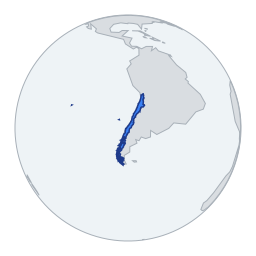 globe centered on Chile, rotated 16°
{"feature_id": "CHL", "entity_name": "Chile", "entity_type": "country or territory", "adm_level": 0, "iso_a3": "CHL", "parent_name": "South America", "parent_adm1": "", "projection": "orthographic", "projection_center": [-72.304, -36.699], "detail": "fine", "context": "on_globe", "style": "filled", "palette": "blue", "viewbox_px": 256, "rotation_deg": 16, "n_neighbors": 0, "source": "natural_earth", "source_scale": "50m", "svg_char_len": 8976}
<svg xmlns="http://www.w3.org/2000/svg" viewBox="0 0 256 256"><g transform="rotate(16 128 128)"><circle cx="128" cy="128" r="113" fill="#eef3f6" stroke="#a8b0b8"/><path d="M116.9,15.9L118.7,15.8L120.5,15.6L120.2,15.6L129.4,15.4L138.6,15.9L147.7,17.1L143.3,16.5L135.4,15.8L129.6,16.1L137.3,16.0L138.6,16.6L140.5,16.9L142.7,17.1L143.7,17.0L145.0,17.4L137.9,17.3L136.6,17.0L138.9,16.9L135.2,16.7L130.4,17.2L131.4,17.7L123.1,18.7L123.8,19.2L122.3,19.9L121.8,18.9L122.5,20.8L112.9,24.2L113.7,29.2L108.7,25.7L104.3,26.0L99.1,27.1L99.1,27.8L92.1,28.9L85.6,32.3L83.1,37.4L85.3,40.5L93.1,38.6L95.5,35.9L101.3,34.3L97.0,41.2L107.1,40.5L106.0,45.9L108.9,48.4L113.9,47.1L119.2,48.1L123.0,44.6L129.1,42.8L129.2,47.3L132.5,43.2L135.9,45.5L148.0,46.2L147.1,47.1L157.3,54.0L168.2,58.7L170.8,63.0L169.5,65.1L173.2,66.7L173.3,68.3L188.2,75.7L195.6,83.1L195.2,89.1L188.8,93.8L182.4,108.4L170.6,110.5L167.3,117.1L157.5,126.3L150.4,124.1L152.1,130.4L147.9,133.3L143.2,133.0L142.1,137.2L138.6,137.0L140.8,140.1L134.9,145.5L136.3,150.6L131.9,155.4L133.0,158.5L131.4,158.3L129.7,159.4L129.5,161.2L124.8,158.3L123.7,151.4L125.6,148.0L123.5,147.5L127.4,139.2L125.1,140.8L126.0,128.9L129.4,119.6L132.0,95.2L129.6,90.7L121.0,85.9L110.6,71.5L113.4,65.5L111.1,63.1L118.5,55.0L116.6,48.7L113.9,48.0L111.3,50.6L102.4,47.9L99.3,44.0L72.6,45.0L70.0,44.2L70.3,41.4L63.4,38.2L65.5,43.1L62.4,43.3L60.3,42.2L62.0,40.8L61.2,38.8L58.8,39.9L60.0,38.2L67.3,33.1L74.9,28.7L82.8,24.8L91.1,21.6L99.5,19.0L108.1,17.1L116.9,15.9ZM113.0,31.3L124.5,33.6L117.9,34.3L119.2,33.6L116.3,32.6L110.9,32.0L105.1,33.4L113.0,31.3ZM118.3,27.7L116.3,27.6L118.3,27.4L118.3,27.7ZM132.6,164.6L125.2,159.3L129.4,161.6L132.4,159.0L136.2,163.1L132.6,164.6ZM141.4,158.2L144.8,157.2L145.6,158.2L143.4,159.1L141.4,158.2ZM227.7,180.3L225.9,183.7L226.1,182.8L223.9,185.9L222.2,187.0L220.5,186.3L221.2,179.3L223.9,175.9L228.2,166.5L235.3,147.1L237.9,142.2L239.0,136.3L239.3,119.3L239.4,113.9L238.8,109.8L238.0,107.6L236.9,102.7L236.2,100.8L229.2,92.1L225.4,84.4L216.9,67.4L216.9,64.3L214.0,58.8L213.2,54.3L218.2,60.5L222.7,67.0L226.8,73.8L230.3,80.9L233.4,88.2L235.9,95.7L237.9,103.4L239.4,111.2L240.3,119.0L240.6,126.9L240.4,134.9L239.7,142.8L238.4,150.6L236.5,158.3L234.1,165.8L231.2,173.2L227.7,180.3ZM216.4,58.2L217.4,59.6L216.4,58.2ZM148.4,46.1L149.9,47.2L147.9,47.0L148.4,46.1ZM117.0,35.9L119.4,35.8L120.7,36.3L118.8,36.6L117.0,35.9ZM137.7,35.7L140.5,36.3L137.6,36.4L137.7,35.7ZM126.4,34.0L135.4,35.5L129.7,36.5L124.0,35.7L127.9,35.3L126.4,34.0ZM117.1,29.6L118.6,29.7L118.2,30.3L117.1,29.6ZM119.8,27.6L119.2,27.7L118.4,27.3L119.8,27.6ZM139.0,16.6L139.6,16.7L141.9,16.9L140.8,16.9L139.0,16.6ZM151.7,18.1L153.5,18.7L151.5,18.1L150.4,18.1L144.8,17.0L147.8,17.1L147.4,17.2L151.7,18.1ZM138.2,16.0L141.4,16.4L137.8,16.0L138.2,16.0ZM174.6,230.5L172.3,231.5L173.7,230.8L174.6,230.5ZM51.3,209.2L50.9,208.1L54.2,210.8L58.2,214.2L61.2,217.2L51.3,209.2ZM48.5,206.5L45.6,203.7L43.6,202.3L45.0,203.0L43.8,200.7L50.3,207.3L48.5,206.5Z" fill="#d9dde1" stroke="#a8b0b8" stroke-width="1"/><path d="M131.5,92.6L132.4,92.3L132.7,91.9L132.6,91.4L133.2,91.0L133.6,91.9L134.0,92.1L134.2,93.8L135.1,94.7L134.7,95.2L134.9,95.7L134.5,95.9L134.5,96.5L135.0,97.0L134.9,97.5L135.5,98.3L136.0,101.2L137.2,101.2L137.6,101.6L136.9,103.5L135.3,104.1L134.7,104.8L135.0,105.5L134.6,106.1L134.9,107.5L134.5,108.1L135.0,109.1L134.0,109.4L133.4,110.9L132.6,111.8L132.3,113.2L131.9,113.6L132.0,115.1L132.2,115.3L132.0,115.6L131.6,115.6L131.4,116.9L131.0,117.1L130.9,118.0L131.4,118.7L131.2,119.0L131.8,120.6L131.6,121.2L132.1,121.3L132.0,123.2L131.7,123.3L131.1,125.0L130.8,125.2L131.0,125.7L131.0,126.8L130.0,127.7L129.7,128.3L129.8,130.1L130.2,131.6L130.1,132.0L129.4,132.4L129.2,133.7L128.9,133.8L129.0,134.5L128.7,134.8L128.9,135.1L128.5,136.0L128.6,137.7L128.8,138.5L128.3,138.9L128.2,139.5L128.3,140.5L128.8,140.8L128.6,141.0L128.9,142.2L128.7,143.1L129.5,143.2L129.6,143.4L129.5,143.8L128.3,143.8L128.4,144.1L129.0,144.2L129.3,144.7L129.1,145.3L128.8,145.4L128.9,146.1L128.6,146.5L128.8,147.5L128.5,147.8L128.5,148.5L127.9,149.1L127.7,149.8L128.0,150.5L127.6,151.1L127.6,151.6L127.1,152.0L126.9,152.6L126.5,152.6L126.4,153.1L126.5,154.2L126.9,155.3L127.7,155.1L128.0,155.2L128.0,156.4L127.9,156.9L128.4,157.7L130.8,157.8L132.6,158.4L131.7,158.2L131.2,158.7L129.8,159.2L129.5,161.1L129.2,161.3L128.2,160.8L127.9,160.3L128.4,160.1L128.6,160.4L128.5,160.6L128.7,160.1L129.2,159.7L129.3,159.3L129.1,159.2L128.0,159.9L127.7,160.5L127.1,160.1L127.5,159.2L127.8,159.3L128.2,159.0L128.9,158.9L127.5,158.7L127.0,159.8L126.4,159.3L126.9,159.1L127.0,158.7L126.5,159.0L126.0,159.0L125.9,158.5L125.6,158.0L126.2,158.2L126.3,157.9L126.8,158.0L127.4,157.6L127.7,158.1L127.5,158.4L127.7,158.2L127.6,157.7L127.8,157.4L127.7,157.2L126.9,156.7L127.6,157.3L126.5,157.8L126.2,157.4L125.7,157.1L126.0,157.0L126.0,156.3L124.9,156.0L124.5,155.3L125.0,155.2L124.9,154.9L125.1,154.6L125.4,154.9L125.7,155.5L126.1,155.7L126.4,155.2L126.3,154.9L125.9,155.5L125.6,155.1L125.6,154.9L125.9,154.9L125.1,154.3L125.4,153.9L125.9,153.9L125.4,153.5L125.5,153.2L126.0,153.2L125.7,152.8L125.9,152.1L125.6,153.0L125.4,152.8L125.4,151.2L125.8,151.0L125.2,151.0L125.0,150.1L126.6,150.4L126.3,150.1L126.1,149.4L125.8,150.0L125.5,150.0L124.9,149.5L125.0,149.3L125.4,149.5L125.6,149.3L125.1,149.0L125.5,148.5L125.3,147.8L125.0,148.0L124.4,147.7L124.4,147.2L123.6,147.6L123.8,148.1L123.4,147.7L124.4,146.6L124.2,146.0L125.5,145.8L125.5,145.3L125.7,145.1L125.9,145.1L125.7,146.3L125.2,146.7L125.7,146.5L125.8,145.9L126.0,145.9L126.1,146.4L125.8,147.3L126.2,146.0L126.0,145.6L126.0,145.2L126.7,144.9L127.1,145.1L126.4,144.7L126.5,144.5L127.5,143.5L127.5,143.2L126.6,142.7L126.7,142.1L126.9,142.0L127.0,141.6L126.9,141.0L127.3,140.4L127.2,139.7L127.3,139.4L127.5,139.4L127.3,138.9L127.5,138.8L127.8,139.2L127.7,138.4L127.2,138.2L127.9,137.7L128.0,137.4L127.6,137.8L127.0,137.5L126.6,138.0L125.9,137.9L126.1,137.6L125.7,137.3L125.5,136.4L125.9,134.4L126.3,134.1L126.6,133.0L126.1,131.6L126.2,130.6L125.9,130.0L125.9,129.3L126.0,129.0L126.6,128.9L126.7,128.0L127.5,126.2L127.5,125.8L128.1,124.8L128.5,123.0L129.0,122.0L128.9,120.9L129.4,120.1L129.0,116.1L129.1,115.5L129.5,115.1L129.7,114.2L129.3,112.8L129.9,111.7L130.9,107.8L130.8,106.7L131.3,105.7L131.1,104.5L131.4,102.4L131.1,101.8L131.6,101.1L132.1,98.5L132.0,95.1L131.5,92.6ZM132.4,159.0L132.1,163.2L131.2,163.2L130.9,162.9L130.0,163.0L128.5,162.6L128.6,162.3L129.4,162.3L129.7,162.1L129.8,162.4L130.3,162.5L129.7,161.7L129.7,161.3L129.9,161.2L130.1,160.8L130.2,161.5L129.9,161.5L130.0,161.8L130.4,162.2L130.9,162.1L131.5,162.6L131.7,162.3L130.7,161.7L130.5,161.3L130.6,161.0L131.5,160.5L130.3,160.4L130.2,159.8L130.6,159.5L130.3,159.2L130.8,159.3L131.5,158.7L131.7,159.0L132.4,159.0ZM125.9,141.1L125.0,140.8L125.3,140.2L125.5,138.0L126.2,138.2L126.4,138.8L126.2,139.0L126.3,139.3L125.8,139.6L126.4,140.2L125.9,140.7L125.9,141.1ZM125.1,151.6L125.3,153.4L125.1,154.0L124.9,154.0L124.7,153.4L124.9,152.9L124.6,153.1L124.5,153.7L123.9,153.6L123.9,153.3L124.1,153.3L124.2,153.0L124.0,152.8L124.4,152.6L124.3,152.3L124.6,152.0L124.6,151.5L125.1,151.6ZM130.7,163.2L132.3,163.4L132.4,163.5L132.1,163.7L132.5,163.9L132.7,164.7L131.8,164.3L131.8,163.9L131.5,163.7L131.3,164.0L131.5,164.3L131.2,164.2L130.6,163.7L130.7,163.2ZM126.0,142.9L125.6,143.5L126.0,144.8L125.5,144.9L125.5,144.7L124.8,143.6L124.9,143.3L125.5,143.1L125.6,142.6L126.0,142.9ZM126.7,160.4L127.3,160.7L127.8,160.7L128.1,161.1L127.9,161.5L127.3,161.7L127.2,161.6L127.5,161.2L127.1,161.2L127.1,161.5L126.8,161.0L126.2,160.7L126.7,160.4ZM128.4,161.3L129.5,161.7L129.5,162.0L129.3,162.2L129.0,161.9L128.4,162.1L128.1,161.6L128.4,161.3ZM133.9,163.8L133.5,164.1L133.4,163.8L132.7,163.9L132.5,163.4L133.7,163.5L133.9,163.8ZM125.1,151.2L124.6,151.3L124.1,150.2L124.7,149.8L125.1,151.2ZM124.3,151.3L123.7,151.6L123.6,151.3L123.8,150.8L123.7,150.3L123.9,150.2L124.3,151.3ZM127.0,143.8L126.5,143.8L126.4,143.6L126.7,143.0L127.3,143.3L127.0,143.8ZM124.9,157.1L125.0,157.4L125.3,157.7L125.1,158.3L124.9,158.3L124.6,157.4L124.9,157.1ZM125.1,159.2L126.4,159.8L127.0,160.3L125.7,159.8L125.1,159.2ZM125.4,145.5L124.7,145.6L125.2,144.6L125.4,145.5ZM129.0,163.2L129.7,163.3L130.1,163.2L130.3,163.6L130.1,163.7L129.0,163.2ZM124.4,151.7L124.0,152.4L123.7,152.4L123.9,152.2L123.8,151.8L124.4,151.7ZM124.8,154.3L124.3,154.7L124.1,154.6L124.2,154.0L124.8,154.2L124.8,154.3ZM125.2,156.4L125.2,156.6L124.6,156.6L124.4,157.1L124.5,156.4L125.2,156.4ZM124.5,154.9L124.1,155.4L124.1,154.9L124.5,154.9ZM126.1,143.9L125.9,143.6L125.9,143.4L126.1,143.5L126.1,143.9ZM125.8,157.5L125.5,157.6L125.4,157.2L125.8,157.5ZM124.5,149.7L124.1,149.7L124.5,149.6L124.5,149.7ZM133.5,164.6L133.5,165.0L133.2,164.8L133.5,164.6ZM125.9,142.0L125.7,142.2L125.4,142.1L125.9,142.0ZM133.3,165.1L132.9,165.1L133.3,165.1ZM134.5,163.9L134.4,164.1L134.5,163.9ZM67.7,121.3L67.5,121.5L67.5,121.3L67.7,121.3ZM117.4,122.4L117.1,122.4L117.3,122.2L117.4,122.4ZM124.6,141.6L124.4,141.6L124.5,141.5L124.6,141.6Z" fill="#3b82f6" stroke="#1e3a8a" stroke-width="1.5"/></g></svg>